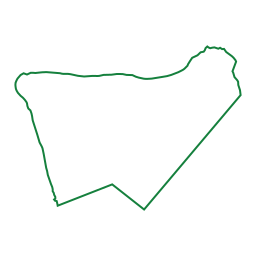 the district of Ngebeianged, Palau
{"feature_id": "81905179B65158388744507", "entity_name": "Ngebeianged", "entity_type": "district", "adm_level": 2, "iso_a3": "PLW", "parent_name": "Palau", "parent_adm1": "", "projection": "orthographic", "projection_center": [134.133, 6.918], "detail": "fine", "context": "isolated", "style": "outline", "palette": "green", "viewbox_px": 256, "rotation_deg": 0, "n_neighbors": 0, "source": "geoboundaries", "source_scale": "gbopen_adm2", "svg_char_len": 1365}
<svg xmlns="http://www.w3.org/2000/svg" viewBox="0 0 256 256"><path d="M144.1,209.5L240.6,95.1L240.0,90.2L238.3,85.0L238.1,81.7L237.2,80.2L234.5,77.1L233.2,72.7L232.5,71.3L236.1,61.6L235.4,60.1L233.5,57.7L231.8,56.1L226.2,52.0L224.0,48.9L222.1,49.1L220.1,47.8L218.3,48.7L214.4,47.4L212.2,47.7L210.2,48.2L208.6,47.5L207.3,46.5L205.6,48.1L204.8,50.2L203.7,51.7L200.6,52.3L197.5,55.3L193.9,57.0L192.2,57.8L189.8,61.4L188.0,64.3L187.5,65.7L184.5,68.7L183.3,69.6L181.7,70.5L178.3,72.2L171.3,74.9L167.1,76.1L162.4,76.9L151.8,78.6L148.8,78.8L146.1,78.9L143.8,78.7L138.7,77.6L135.8,76.7L132.4,75.1L126.5,74.9L122.8,74.1L119.8,74.0L116.8,74.0L111.5,74.7L103.6,74.9L99.2,75.9L97.7,76.0L92.6,75.9L84.1,76.5L77.9,75.8L70.5,74.2L68.2,73.9L63.6,73.9L61.9,73.7L59.9,73.2L46.3,72.1L42.0,72.3L40.0,72.5L35.3,73.0L33.1,72.8L30.7,72.8L27.0,74.5L23.6,73.3L20.6,75.0L17.5,78.6L16.5,80.5L15.6,82.7L15.4,84.9L15.6,86.9L15.9,88.8L16.6,90.6L17.9,92.8L20.6,95.8L22.9,97.7L24.8,99.8L26.4,102.0L27.0,103.3L27.4,106.0L28.3,108.5L30.4,110.4L31.5,113.5L32.1,116.3L32.7,120.3L33.3,122.2L37.3,134.7L39.6,142.5L41.8,146.6L42.5,148.3L43.7,154.0L46.2,167.9L47.1,171.0L47.8,174.9L51.0,184.1L52.2,187.0L52.7,189.2L52.7,191.3L53.7,192.8L54.2,194.9L55.3,196.9L55.3,198.6L54.1,199.5L55.0,200.7L56.7,201.1L57.3,203.6L57.7,205.7L112.2,184.4L144.1,209.5Z" fill="none" stroke="#15803d" stroke-width="2"/></svg>